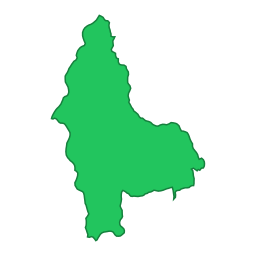 outline of Setubinha, Minas Gerais, Brazil
{"feature_id": "56859067B2434426876365", "entity_name": "Setubinha", "entity_type": "district", "adm_level": 2, "iso_a3": "BRA", "parent_name": "Brazil", "parent_adm1": "Minas Gerais", "projection": "equal_earth", "projection_center": [-42.151, -17.609], "detail": "fine", "context": "isolated", "style": "filled", "palette": "green", "viewbox_px": 256, "rotation_deg": 0, "n_neighbors": 0, "source": "geoboundaries", "source_scale": "gbopen_adm2", "svg_char_len": 3700}
<svg xmlns="http://www.w3.org/2000/svg" viewBox="0 0 256 256"><path d="M87.5,236.9L89.4,237.3L91.3,236.6L93.0,237.1L94.6,238.9L95.8,240.6L97.1,239.8L98.2,237.6L99.3,236.0L100.3,234.3L101.8,233.0L103.7,232.1L105.7,231.8L107.5,231.5L109.0,231.2L111.0,231.2L112.8,231.8L113.9,233.1L114.9,234.7L116.5,236.1L118.8,236.2L120.5,235.9L122.3,234.5L124.2,232.8L124.4,230.8L123.9,229.0L122.4,227.4L120.8,226.2L119.8,224.5L119.6,222.1L120.4,219.7L121.6,218.4L122.5,216.6L122.2,214.0L122.1,210.3L120.9,208.1L120.1,206.0L120.6,204.0L121.1,201.8L121.5,199.1L121.2,196.7L121.3,193.9L121.8,191.7L122.9,190.4L124.6,191.2L125.8,192.0L127.2,193.2L128.6,193.6L129.7,195.1L130.8,196.2L132.3,196.4L133.9,196.1L135.7,196.3L138.0,196.5L140.1,196.1L142.4,195.8L143.8,195.2L145.3,193.8L147.2,193.4L148.7,192.3L150.9,191.9L152.5,191.1L154.0,190.2L156.4,190.7L158.3,191.1L160.8,190.8L163.1,190.2L165.1,189.4L166.9,188.7L168.3,188.4L170.3,187.7L172.3,187.3L173.1,190.2L173.6,193.8L174.0,196.5L173.7,199.2L175.4,197.3L175.6,194.8L175.2,192.4L176.4,190.7L178.0,190.4L179.7,190.2L181.1,189.0L183.0,188.4L185.1,187.8L187.2,187.8L189.1,187.5L190.4,186.3L192.0,185.6L193.6,185.6L194.0,183.5L194.0,181.5L194.1,178.6L193.4,175.8L193.2,173.5L192.8,170.8L191.4,169.1L193.4,168.2L195.6,169.7L197.1,170.8L198.2,169.5L199.8,170.2L201.4,168.2L203.4,167.9L204.3,166.0L204.5,163.7L204.3,161.8L203.4,159.8L201.6,158.2L199.2,159.3L198.3,157.3L197.6,154.6L196.3,152.4L194.8,150.6L193.2,148.5L192.5,146.4L192.5,143.8L191.1,141.5L190.0,139.1L189.1,136.4L188.3,134.4L187.1,132.6L185.5,131.9L183.5,131.2L181.4,131.0L180.1,128.6L179.0,125.8L177.2,124.1L175.8,123.4L173.6,122.9L171.1,122.6L169.0,123.9L166.6,124.8L164.5,124.4L162.7,124.3L160.2,125.0L158.2,126.1L156.2,126.0L154.5,125.3L152.7,124.4L150.7,122.4L148.7,121.5L147.1,121.1L145.6,120.7L144.2,119.6L142.6,118.2L140.7,118.1L139.3,116.8L137.9,114.3L135.6,112.3L133.8,111.0L133.0,109.1L131.6,107.4L130.1,104.4L128.8,102.3L129.4,100.1L128.7,98.2L128.1,95.8L128.6,93.0L129.7,90.9L130.7,88.3L129.9,85.7L128.7,84.3L127.7,82.7L127.6,80.0L127.7,77.0L128.5,74.6L128.3,71.9L127.3,70.3L126.4,68.7L126.0,66.4L124.0,65.1L121.6,65.0L119.4,64.3L118.3,62.0L118.3,58.8L116.5,58.1L115.6,55.8L115.5,53.3L113.6,52.2L111.9,51.4L111.3,49.3L112.4,47.3L113.3,45.7L113.0,43.2L112.8,40.8L114.0,38.7L114.8,36.8L112.8,36.9L111.0,36.2L111.0,33.9L110.4,32.1L110.0,30.0L109.2,27.7L108.9,25.2L109.4,22.6L107.8,20.8L105.6,20.6L104.4,19.5L103.1,17.4L101.1,16.2L99.3,15.4L97.9,17.7L96.4,20.1L94.5,21.8L92.8,23.2L91.0,24.3L89.0,25.0L87.0,26.1L84.9,27.8L83.5,29.9L82.6,32.5L82.6,35.7L83.2,38.1L84.0,40.4L85.3,43.4L84.4,45.5L82.3,46.3L80.3,47.5L79.1,48.9L77.8,50.7L77.0,52.8L76.3,55.3L77.2,57.9L75.9,60.1L73.8,61.4L72.8,62.9L71.7,64.3L70.6,66.2L69.0,68.5L68.2,70.7L67.3,72.6L66.3,74.1L65.2,76.1L65.2,79.1L65.4,82.0L66.8,84.6L68.1,87.1L68.6,89.7L68.8,92.2L68.0,94.7L66.7,96.0L65.0,96.5L63.4,97.8L62.8,99.8L62.0,101.6L60.9,104.1L58.8,106.8L57.1,108.4L55.9,109.8L54.5,111.9L53.2,114.2L52.1,116.5L51.5,118.6L53.0,119.0L54.6,118.2L56.5,119.0L57.8,120.7L59.2,122.4L60.6,123.1L62.2,123.1L64.4,123.7L65.6,125.2L66.6,126.7L67.9,128.9L69.1,130.9L70.0,132.6L70.1,135.1L69.5,137.6L68.5,139.9L66.9,143.1L66.5,146.3L66.1,148.8L65.9,151.7L66.3,155.1L67.7,157.7L69.0,159.1L70.1,160.5L72.4,162.3L73.9,164.1L74.7,165.7L75.0,167.9L74.9,170.3L76.5,171.3L77.8,173.0L77.6,175.8L77.0,177.8L76.2,180.1L74.9,182.7L75.1,185.5L76.2,187.3L77.2,189.0L79.0,190.0L80.8,190.8L82.6,191.6L83.6,193.0L84.2,195.2L84.5,197.8L84.9,200.6L85.2,203.5L86.1,205.2L86.6,207.1L87.2,209.3L87.9,211.6L88.8,213.9L87.4,216.3L85.9,218.3L86.3,220.7L86.3,223.4L86.1,225.6L85.4,227.5L86.5,230.3L87.2,232.6L87.9,234.5L87.5,236.9Z" fill="#22c55e" stroke="#15803d" stroke-width="1.5"/></svg>